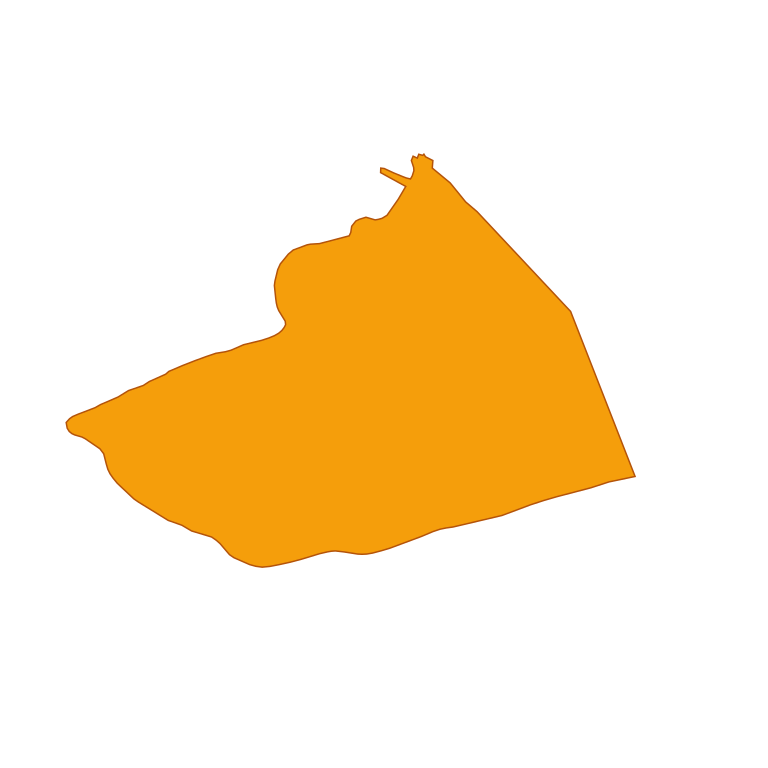 Ngermasech, Palau, rotated 27°
{"feature_id": "81905179B83677896294556", "entity_name": "Ngermasech", "entity_type": "district", "adm_level": 2, "iso_a3": "PLW", "parent_name": "Palau", "parent_adm1": "", "projection": "albers", "projection_center": [134.129, 6.897], "detail": "fine", "context": "isolated", "style": "filled", "palette": "amber", "viewbox_px": 768, "rotation_deg": 27, "n_neighbors": 0, "source": "geoboundaries", "source_scale": "gbopen_adm2", "svg_char_len": 1742}
<svg xmlns="http://www.w3.org/2000/svg" viewBox="0 0 768 768"><g transform="rotate(27 384 384)"><path d="M315.2,161.1L314.7,162.7L310.7,163.5L311.1,167.6L306.5,167.8L306.9,172.4L312.1,177.6L313.8,180.4L314.7,185.8L314.5,189.3L310.4,190.3L306.6,190.7L297.0,191.5L286.4,191.9L283.1,193.1L285.0,197.2L313.7,198.1L312.8,213.0L310.1,232.3L307.1,237.2L304.3,239.8L301.6,241.8L292.2,243.6L287.2,248.5L284.9,251.6L283.6,258.1L285.6,264.1L285.7,267.8L262.8,288.2L255.0,292.8L252.3,294.9L242.3,305.8L239.8,311.7L237.1,324.1L237.4,330.4L240.1,341.7L241.6,346.0L248.6,356.8L251.3,360.7L253.9,363.8L256.9,366.4L267.5,372.9L269.4,375.8L269.4,378.9L268.7,382.7L267.1,386.6L264.5,390.6L260.4,395.4L255.1,400.7L241.1,412.7L232.3,423.4L228.0,427.3L220.2,433.0L213.1,440.3L205.2,448.8L196.4,458.7L186.6,470.4L185.0,474.4L173.8,488.3L170.2,494.6L159.3,505.9L152.9,516.4L140.8,531.0L137.3,536.3L125.2,549.7L121.3,554.4L119.6,557.7L118.3,562.6L121.8,567.2L125.1,569.2L128.4,569.9L131.5,569.8L138.8,568.4L142.6,568.4L160.3,570.7L165.9,573.4L173.1,581.6L176.7,585.4L180.7,588.4L185.6,591.0L191.6,593.6L196.4,595.0L213.2,599.9L219.0,600.7L253.6,603.5L268.0,601.6L279.3,602.3L299.8,598.6L305.1,599.3L310.3,600.6L323.8,606.2L329.1,606.9L346.3,605.9L352.6,604.6L358.6,602.5L365.2,598.3L372.5,592.6L381.4,585.3L390.0,577.6L403.7,564.4L409.9,559.2L413.3,556.7L416.5,554.8L424.8,551.7L437.7,547.5L441.7,545.7L445.9,543.3L450.6,539.8L457.2,533.9L463.7,527.7L486.5,502.9L494.6,493.3L499.8,488.0L504.8,484.0L510.4,480.1L548.8,447.6L569.4,425.1L579.2,415.3L589.2,405.9L615.5,382.5L628.9,369.1L649.7,352.4L517.3,234.6L510.0,232.0L388.7,188.2L374.1,184.7L351.7,174.8L329.0,169.7L326.1,162.7L317.8,162.7L315.2,161.1Z" fill="#f59e0b" stroke="#b45309" stroke-width="1.5"/></g></svg>